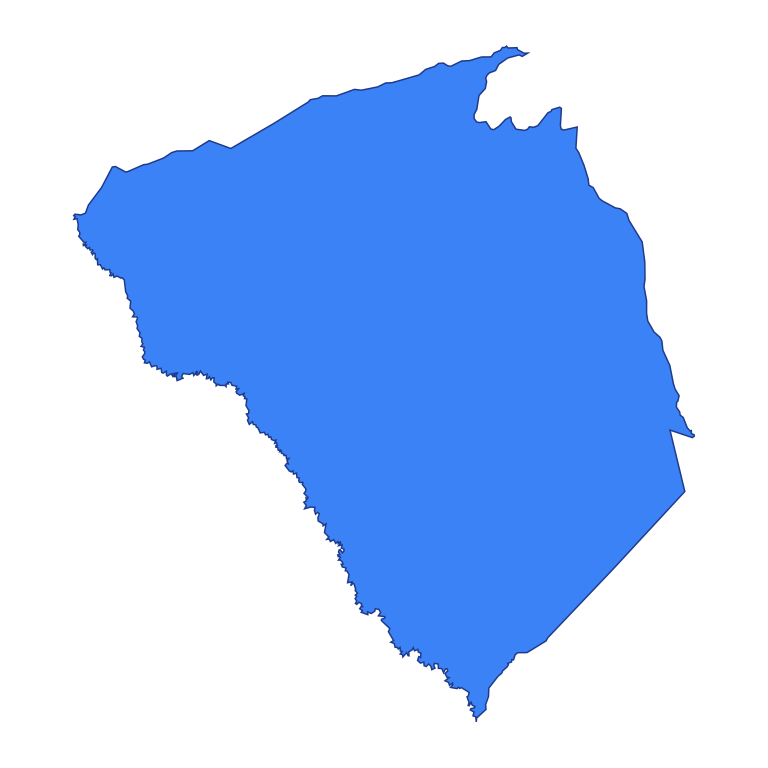 Bosconia, Cesar, Colombia (Robinson projection)
{"feature_id": "7082276B36091945670485", "entity_name": "Bosconia", "entity_type": "district", "adm_level": 2, "iso_a3": "COL", "parent_name": "Colombia", "parent_adm1": "Cesar", "projection": "robinson", "projection_center": [-73.906, 9.931], "detail": "fine", "context": "isolated", "style": "filled", "palette": "blue", "viewbox_px": 768, "rotation_deg": 0, "n_neighbors": 0, "source": "geoboundaries", "source_scale": "gbopen_adm2", "svg_char_len": 6045}
<svg xmlns="http://www.w3.org/2000/svg" viewBox="0 0 768 768"><path d="M527.8,53.1L524.0,53.2L517.4,49.5L517.0,47.7L508.0,48.0L506.5,46.1L504.9,47.5L502.4,47.5L500.4,50.4L494.3,52.8L491.1,56.9L481.4,57.0L469.6,60.6L461.7,61.0L451.0,66.2L447.9,65.9L443.5,63.1L438.6,63.4L434.8,66.4L425.7,69.4L419.1,74.9L392.1,82.7L385.6,83.0L377.7,86.9L361.4,90.2L354.5,89.4L336.3,95.9L322.6,95.8L318.1,98.3L310.3,99.7L308.0,102.2L273.4,123.7L230.8,148.5L209.2,140.6L192.6,150.8L176.7,151.0L171.7,152.6L163.4,158.1L147.6,164.2L143.6,164.7L127.5,171.7L125.4,171.9L115.4,166.5L112.3,167.0L101.7,187.3L88.4,205.1L85.5,213.1L81.1,214.9L74.9,214.2L73.7,215.7L75.3,216.4L73.9,219.3L77.0,218.6L78.2,224.5L77.8,229.7L79.7,232.2L79.8,234.5L78.7,236.2L83.7,242.1L85.9,242.3L84.8,244.3L83.3,244.0L83.4,245.6L86.4,245.1L85.7,246.7L87.8,248.7L89.5,247.5L90.0,250.0L92.6,249.8L92.8,251.1L91.2,252.2L92.5,254.6L93.8,253.0L95.2,253.7L95.1,258.3L96.3,259.6L97.4,258.9L97.7,264.8L100.4,264.7L102.5,269.0L103.9,267.9L105.1,269.9L109.7,269.6L110.1,272.4L111.0,272.8L109.8,275.5L111.6,275.8L113.0,273.9L114.0,277.3L117.0,276.0L120.9,278.1L122.1,277.7L124.3,280.0L125.7,291.9L127.7,295.8L127.2,298.3L130.7,301.1L130.0,308.2L133.2,311.0L134.4,313.6L132.6,316.8L136.8,316.9L137.6,318.0L136.1,321.7L137.6,325.5L137.1,328.7L140.0,332.6L139.3,336.4L142.0,338.3L141.8,341.8L142.9,343.8L141.0,346.4L144.5,347.3L143.4,350.1L144.8,351.7L144.6,353.7L142.3,356.8L143.5,359.2L145.3,360.1L144.4,362.8L147.4,363.3L149.4,361.8L151.6,366.8L155.6,365.6L157.1,366.4L157.0,369.3L161.1,368.3L161.7,372.5L163.2,373.1L166.4,371.2L166.4,374.9L167.3,376.1L170.5,374.1L177.5,372.9L176.6,374.6L172.2,375.4L173.0,376.7L176.3,376.4L177.1,380.6L183.0,378.2L181.5,376.4L183.2,373.5L189.6,374.4L192.8,372.6L193.8,375.5L196.7,371.4L197.6,372.2L196.1,374.5L197.2,375.2L199.1,373.9L200.4,371.0L203.6,375.4L207.1,374.1L206.4,378.8L208.2,378.5L209.4,376.7L210.9,379.9L212.4,377.8L214.1,377.8L213.8,381.9L216.1,383.9L216.2,385.8L218.4,384.1L219.4,385.3L224.9,385.5L226.1,386.6L226.0,384.1L228.5,383.9L227.7,382.2L230.8,382.5L232.0,385.3L236.7,386.2L236.0,389.1L238.6,388.7L236.1,391.8L236.7,393.2L239.8,395.2L244.1,393.4L243.2,395.6L245.0,396.9L244.5,398.6L246.8,398.9L246.0,405.6L249.0,410.8L248.5,413.5L246.4,414.0L248.7,417.9L247.5,420.3L249.3,424.4L252.5,421.7L253.3,424.4L255.9,424.9L256.3,427.0L258.0,427.9L260.2,432.9L264.3,432.3L265.6,434.9L267.9,434.2L268.9,437.4L270.9,437.0L271.5,439.5L274.4,440.7L276.0,440.1L274.7,443.3L276.5,442.7L277.3,445.3L275.9,445.5L275.9,447.2L277.6,447.2L278.3,450.3L280.4,450.0L279.7,451.7L281.5,451.3L281.4,453.1L283.9,454.3L283.9,455.5L286.1,455.4L286.5,458.7L288.9,458.5L287.0,460.4L288.2,463.7L287.1,463.1L285.1,465.5L289.4,471.1L291.3,471.9L292.9,470.8L293.5,474.1L296.5,473.1L297.0,477.6L299.3,478.1L298.7,480.6L299.5,482.4L302.9,482.5L302.3,484.4L305.8,488.8L305.7,491.0L304.0,493.4L308.1,497.5L307.4,498.7L306.0,497.9L306.4,500.7L303.8,502.2L306.4,505.5L304.6,508.8L310.9,507.0L315.0,507.4L314.4,510.4L315.6,514.2L317.7,512.4L319.4,513.6L317.9,517.6L318.2,521.0L323.0,523.9L323.1,525.8L326.0,523.9L324.5,532.6L328.8,537.0L326.8,539.4L329.2,539.1L330.4,541.5L333.7,539.7L335.7,543.4L337.8,541.6L338.2,543.6L340.3,541.9L340.7,543.2L338.7,545.6L342.1,545.0L341.4,548.1L343.8,548.9L344.0,550.9L342.4,552.8L340.2,549.6L339.1,550.0L338.5,552.0L339.8,554.3L337.7,555.0L338.3,556.7L339.9,556.4L340.4,557.3L338.5,560.1L340.5,560.1L342.4,562.1L343.0,564.1L341.2,564.3L342.3,566.9L346.0,568.0L345.3,570.8L347.0,571.1L349.0,574.4L347.6,582.7L352.0,581.9L350.7,585.7L352.9,583.4L354.0,583.8L355.6,589.0L355.2,590.6L357.5,593.1L355.3,595.1L356.7,596.2L355.1,598.7L356.8,601.1L355.4,603.4L356.8,604.4L358.8,602.3L361.6,603.7L361.4,605.5L362.5,606.6L360.9,606.9L359.7,608.8L362.4,610.5L361.2,612.3L367.8,614.7L367.7,611.9L371.2,613.5L374.8,611.2L375.3,608.8L378.9,609.3L380.6,612.6L378.4,615.8L384.8,616.6L384.8,618.1L381.5,619.3L381.4,620.6L389.8,628.5L388.4,631.7L393.6,640.5L390.8,642.2L394.2,643.5L395.1,647.3L397.4,647.5L398.3,649.0L400.1,647.5L400.3,651.0L402.2,651.5L400.2,653.9L402.7,654.8L402.9,656.9L406.7,652.6L408.0,655.6L409.0,655.8L408.8,651.8L412.0,650.0L413.2,647.7L414.5,650.8L417.9,649.4L418.3,652.0L420.9,653.3L420.6,657.5L418.8,656.6L417.6,660.5L420.4,663.1L423.9,662.1L424.1,665.7L426.2,666.5L428.7,664.0L431.0,666.5L431.8,669.7L435.0,668.1L433.8,665.7L434.4,663.4L438.2,664.0L438.4,668.4L441.8,668.6L443.6,672.7L445.4,668.9L446.9,668.7L447.8,670.8L445.0,673.6L447.0,677.3L449.1,677.6L445.0,680.8L448.6,682.4L449.5,685.4L452.5,683.0L452.8,684.7L450.6,687.4L457.0,688.6L458.4,687.2L459.6,688.4L461.4,687.6L469.1,692.4L468.3,696.0L467.0,696.8L469.0,702.4L468.2,705.5L469.2,705.7L471.1,702.3L472.2,705.2L475.0,706.5L474.3,708.0L470.9,708.6L470.3,710.0L474.0,712.0L473.0,715.8L475.7,716.7L476.3,721.9L476.6,718.1L486.0,709.4L485.6,704.6L488.5,696.5L488.8,688.1L498.2,676.1L501.8,673.1L502.5,671.0L507.0,667.0L508.4,664.7L507.7,663.4L511.5,662.0L511.8,659.7L513.5,659.9L515.2,654.7L517.7,652.7L527.0,652.6L546.1,640.9L547.7,637.8L613.9,568.2L684.8,491.5L670.0,430.1L692.4,437.6L694.3,436.2L694.1,434.7L691.5,433.7L691.3,430.6L690.2,431.0L687.3,427.8L683.2,417.5L680.1,415.0L679.7,412.0L676.4,407.1L676.6,402.3L677.9,401.1L679.1,395.7L675.1,389.1L673.4,383.7L669.8,365.4L662.9,350.3L661.9,341.1L660.0,337.3L654.2,332.2L647.8,321.1L646.6,313.4L646.6,300.7L644.0,286.5L645.0,279.4L644.8,261.9L642.2,242.0L629.0,220.4L626.8,213.4L620.2,208.8L615.3,207.9L602.0,200.7L599.1,198.3L593.2,187.6L588.9,185.2L588.1,178.6L584.0,165.3L578.8,152.7L575.9,148.2L577.2,127.0L563.8,130.1L561.1,129.0L560.4,125.6L561.4,108.4L559.7,107.2L551.9,109.6L550.9,111.5L548.0,112.7L538.0,125.5L533.8,127.3L529.4,126.8L527.5,129.3L524.8,130.4L516.0,129.2L511.4,121.7L510.9,117.5L510.0,117.0L505.5,119.5L499.2,126.1L493.8,129.7L490.8,129.0L486.0,121.7L479.2,122.6L476.6,121.9L474.1,118.6L474.1,114.5L476.8,109.4L479.0,95.5L485.3,88.5L486.6,81.5L485.7,78.2L486.9,75.4L489.3,72.9L495.6,70.5L498.7,64.4L507.7,58.0L519.3,54.9L522.2,56.4L527.8,53.1Z" fill="#3b82f6" stroke="#1e3a8a" stroke-width="1.5"/></svg>